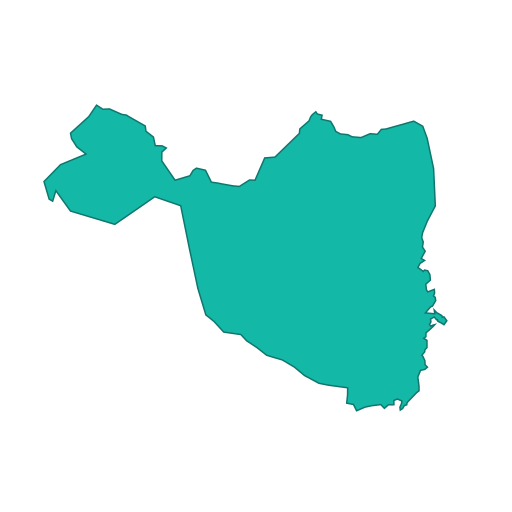 the district of Odou, Larnaca, Cyprus, rotated 258°
{"feature_id": "46923920B76521760601459", "entity_name": "Odou", "entity_type": "district", "adm_level": 2, "iso_a3": "CYP", "parent_name": "Cyprus", "parent_adm1": "Larnaca", "projection": "robinson", "projection_center": [33.154, 34.895], "detail": "fine", "context": "isolated", "style": "filled", "palette": "teal", "viewbox_px": 512, "rotation_deg": 258, "n_neighbors": 0, "source": "geoboundaries", "source_scale": "gbopen_adm2", "svg_char_len": 2348}
<svg xmlns="http://www.w3.org/2000/svg" viewBox="0 0 512 512"><g transform="rotate(258 256 256)"><path d="M351.9,68.5L361.5,73.8L338.5,83.9L316.3,124.5L335.0,169.3L320.8,192.8L276.7,192.4L236.3,192.4L208.8,194.7L207.5,195.8L206.8,196.4L200.6,201.4L188.3,208.6L182.3,224.9L175.0,229.2L166.2,237.9L156.8,245.7L153.7,251.2L151.5,255.3L148.9,260.1L139.4,270.4L129.0,278.6L118.4,291.1L114.5,300.2L108.3,317.5L107.9,318.2L107.8,318.3L105.7,317.7L101.1,316.7L93.2,314.1L90.5,320.5L83.7,322.2L85.5,331.3L85.5,338.1L84.7,347.2L80.3,349.9L82.9,354.6L82.1,358.4L81.9,360.0L86.0,360.8L86.7,364.6L83.9,368.5L81.5,367.7L78.1,365.3L75.3,365.1L76.3,367.7L78.9,370.1L79.1,372.5L81.2,373.3L89.0,384.8L90.2,387.4L94.3,388.3L99.6,388.8L104.0,389.1L108.0,391.9L109.9,393.0L110.0,397.6L111.6,400.6L114.5,398.8L118.6,399.4L123.1,398.4L124.4,397.6L127.2,401.1L129.0,401.6L130.9,404.2L137.9,405.7L140.6,402.9L141.7,405.4L143.4,405.8L145.5,406.3L148.3,411.4L150.0,414.2L151.7,416.6L151.6,414.7L151.1,412.4L152.9,411.4L155.2,413.4L158.0,413.6L159.3,417.6L156.0,419.4L156.0,420.2L154.3,420.3L152.4,422.8L149.7,425.6L153.0,429.2L157.4,427.2L157.3,425.5L159.1,425.4L162.4,421.7L162.9,421.0L166.1,419.1L162.3,418.9L165.1,409.9L169.9,416.1L170.3,418.2L175.0,422.5L178.3,422.7L180.0,421.3L182.6,423.0L186.3,423.5L185.2,416.6L187.3,415.7L193.1,416.2L196.2,421.6L201.7,422.2L205.9,420.9L207.2,417.9L206.1,416.4L209.7,413.3L211.0,411.9L214.6,414.9L216.6,420.0L219.2,417.1L225.5,422.5L230.1,420.7L234.9,422.5L239.5,421.9L244.1,423.8L254.3,430.7L267.7,441.8L304.6,447.9L335.5,447.9L348.2,446.1L354.0,439.6L355.1,438.3L353.2,409.3L353.8,404.9L349.8,400.0L351.9,393.1L350.0,383.4L352.6,374.8L355.6,371.0L357.8,364.0L361.3,359.9L365.7,359.1L372.2,357.0L376.2,348.3L380.0,349.9L382.1,345.5L384.6,344.5L382.5,340.4L380.7,338.4L377.1,335.9L371.2,325.3L366.9,323.9L348.8,295.1L350.1,284.9L330.3,270.8L331.7,265.5L327.5,254.2L329.4,248.0L333.7,237.4L335.2,234.0L337.5,227.7L350.4,224.4L354.3,216.0L352.8,212.3L348.2,208.0L347.0,192.6L368.7,183.6L377.2,185.5L380.3,190.7L383.2,187.2L384.9,180.4L393.7,180.4L398.4,176.4L400.9,174.3L406.2,174.7L419.2,160.1L420.7,158.7L422.4,154.2L430.3,143.3L431.4,136.7L436.7,131.4L427.1,121.4L414.7,100.1L409.1,100.0L400.0,103.4L391.1,110.9L391.0,110.7L386.0,83.8L372.9,64.1L354.6,65.5L351.9,68.5Z" fill="#14b8a6" stroke="#0f766e" stroke-width="1.5"/></g></svg>